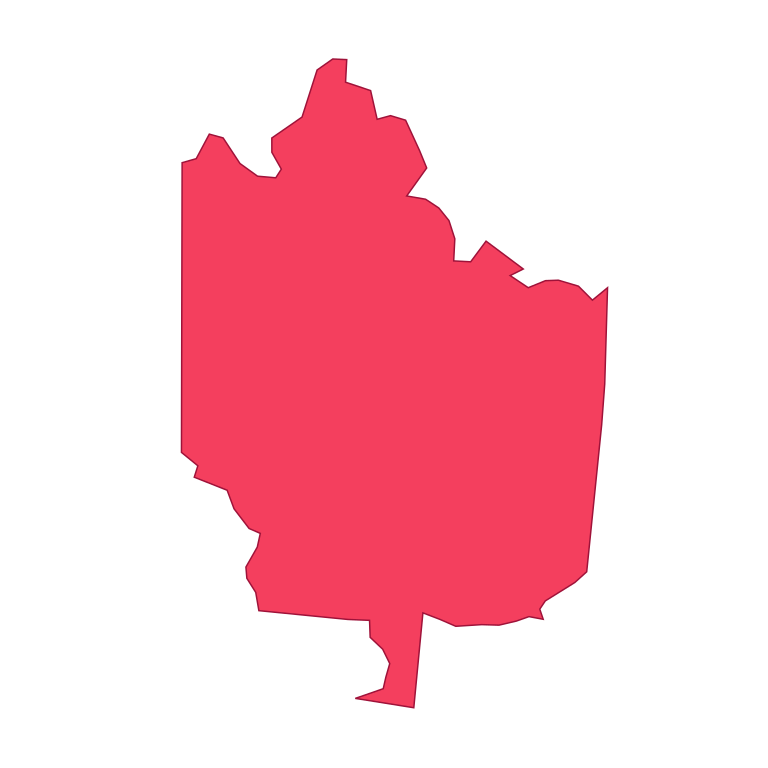 Fagundes Varela, Rio Grande do Sul, Brazil (Equal Earth projection), rotated 95°
{"feature_id": "56859067B34338588970082", "entity_name": "Fagundes Varela", "entity_type": "district", "adm_level": 2, "iso_a3": "BRA", "parent_name": "Brazil", "parent_adm1": "Rio Grande do Sul", "projection": "equal_earth", "projection_center": [-51.72, -28.886], "detail": "fine", "context": "isolated", "style": "filled", "palette": "rose", "viewbox_px": 768, "rotation_deg": 95, "n_neighbors": 0, "source": "geoboundaries", "source_scale": "gbopen_adm2", "svg_char_len": 1041}
<svg xmlns="http://www.w3.org/2000/svg" viewBox="0 0 768 768"><g transform="rotate(95 384 384)"><path d="M469.8,579.8L481.7,562.3L493.4,564.9L503.5,531.0L521.4,522.5L539.7,505.8L543.6,494.2L557.5,496.0L578.4,505.6L589.5,503.7L602.8,493.6L620.7,488.9L621.7,399.5L620.7,377.8L637.6,375.7L648.3,362.2L662.0,353.9L675.9,356.6L687.6,358.2L699.7,385.2L703.9,326.1L608.6,325.3L613.6,307.8L619.1,291.4L615.2,265.7L614.2,248.4L608.6,231.4L603.1,219.3L604.5,204.9L594.7,209.2L586.0,204.4L565.1,176.6L553.4,165.7L405.6,163.6L364.9,164.1L268.6,169.7L282.3,183.7L269.6,198.8L265.4,219.3L267.0,232.2L275.5,248.7L265.0,267.8L257.3,255.3L232.8,294.8L254.7,308.3L255.3,325.3L233.2,326.1L215.6,333.5L203.9,344.7L196.3,358.7L194.7,377.8L165.1,360.3L148.6,368.8L119.3,385.5L116.1,400.9L120.9,413.9L92.9,422.9L86.7,448.6L64.1,449.4L64.7,463.4L77.0,478.0L125.2,488.9L148.7,517.2L163.0,515.9L178.9,505.0L188.0,509.8L188.0,528.1L176.9,546.7L152.9,565.7L150.3,579.8L175.9,590.7L181.1,604.4L469.8,579.8Z" fill="#f43f5e" stroke="#9f1239" stroke-width="1.5"/></g></svg>